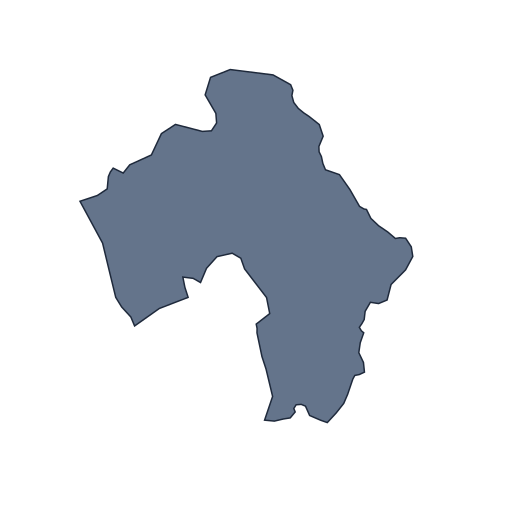 the border of Mātale, rotated 155°
{"feature_id": "LKA-2449", "entity_name": "Mātale", "entity_type": "District", "adm_level": 1, "iso_a3": "LKA", "parent_name": "Sri Lanka", "parent_adm1": "", "projection": "albers", "projection_center": [80.718, 7.7], "detail": "fine", "context": "isolated", "style": "filled", "palette": "slate", "viewbox_px": 512, "rotation_deg": 155, "n_neighbors": 0, "source": "natural_earth", "source_scale": "10m", "svg_char_len": 1419}
<svg xmlns="http://www.w3.org/2000/svg" viewBox="0 0 512 512"><g transform="rotate(155 256 256)"><path d="M261.8,74.9L266.8,79.8L274.8,88.8L274.6,99.0L277.7,102.4L282.5,104.2L286.2,101.8L286.4,98.1L293.4,94.8L300.0,96.7L309.1,98.6L317.6,103.6L300.3,121.7L294.7,149.2L293.1,162.4L287.6,185.9L285.6,190.0L284.6,194.2L267.9,198.0L264.0,213.9L271.8,249.1L270.7,260.4L276.4,268.6L291.6,271.9L306.0,265.8L317.5,255.4L322.4,262.3L331.2,267.8L333.7,257.6L335.0,247.2L365.8,249.3L395.6,243.9L395.2,253.6L399.3,266.6L400.6,277.8L395.1,305.3L389.6,332.5L392.4,380.0L374.2,377.9L362.5,379.7L356.2,390.4L352.5,393.7L348.3,396.0L341.3,387.3L331.9,392.0L308.1,391.8L290.0,406.9L273.4,409.3L252.0,391.6L243.5,388.3L235.5,393.2L232.1,402.2L234.0,423.5L221.7,437.1L200.6,435.9L164.0,412.9L152.2,396.6L152.5,390.6L155.7,386.2L156.9,379.2L155.3,371.9L152.4,365.8L148.9,360.0L143.1,348.4L144.5,336.2L152.7,328.7L154.8,323.7L154.7,318.5L156.3,311.6L156.6,304.8L146.0,294.5L142.8,276.5L141.2,257.2L138.3,253.0L136.2,251.5L136.0,241.5L132.1,231.6L126.4,222.0L122.3,213.0L118.0,211.8L112.9,208.9L111.4,198.7L114.1,189.3L126.3,180.2L145.6,173.1L155.8,160.7L165.0,161.1L171.9,165.7L180.5,159.7L184.8,152.7L188.7,149.9L192.5,147.7L192.1,143.6L190.8,140.9L198.2,133.3L203.7,124.9L203.6,114.1L206.8,104.9L212.5,104.9L216.9,106.0L220.2,103.6L231.4,91.9L238.8,85.3L249.8,79.8L261.8,74.9Z" fill="#64748b" stroke="#1e293b" stroke-width="1.5"/></g></svg>